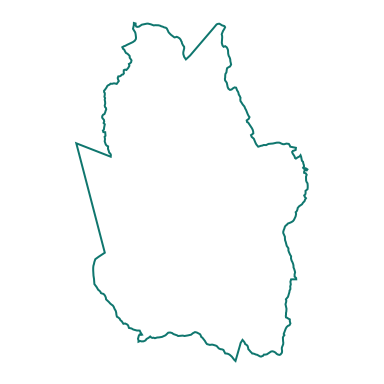 the district of Gentio do Ouro, Bahia, Brazil
{"feature_id": "56859067B57973057094010", "entity_name": "Gentio do Ouro", "entity_type": "district", "adm_level": 2, "iso_a3": "BRA", "parent_name": "Brazil", "parent_adm1": "Bahia", "projection": "natural_earth1", "projection_center": [-42.563, -11.389], "detail": "fine", "context": "isolated", "style": "outline", "palette": "teal", "viewbox_px": 384, "rotation_deg": 0, "n_neighbors": 0, "source": "geoboundaries", "source_scale": "gbopen_adm2", "svg_char_len": 5960}
<svg xmlns="http://www.w3.org/2000/svg" viewBox="0 0 384 384"><path d="M216.6,24.4L213.1,28.6L190.1,55.5L185.9,59.4L184.2,56.9L183.3,54.1L183.3,52.2L184.2,48.3L184.1,46.7L183.0,45.3L182.0,43.3L181.7,41.8L181.0,40.7L180.6,39.6L179.5,38.3L177.9,37.3L176.7,36.8L175.6,37.2L174.4,37.4L171.0,34.8L169.9,33.7L168.6,32.3L167.9,30.7L166.8,28.5L165.7,27.7L164.2,27.4L162.8,26.7L161.3,26.3L160.1,25.7L158.5,25.3L155.3,25.2L153.7,25.4L150.8,24.3L147.9,23.6L146.6,23.7L141.8,24.7L139.0,26.6L137.5,26.9L136.3,26.6L135.6,25.4L135.6,23.5L133.9,23.0L133.8,25.2L133.5,26.7L133.0,28.8L135.2,32.4L135.6,34.1L136.0,37.4L135.9,38.9L134.9,40.6L133.0,42.0L131.8,42.6L127.1,44.8L125.3,45.8L123.8,46.3L122.3,47.2L123.2,49.0L124.2,49.6L124.9,51.1L125.9,52.9L127.4,53.7L128.7,54.9L129.7,56.1L129.7,57.7L131.5,60.3L131.1,62.3L130.0,63.4L128.9,64.0L129.4,65.8L128.3,67.8L127.2,69.1L126.4,70.0L125.1,69.6L123.8,70.2L123.7,72.0L123.9,73.3L123.1,74.4L121.6,74.8L120.8,75.8L119.8,76.3L118.3,76.4L117.7,78.0L118.1,79.6L118.8,81.0L116.7,83.9L114.7,83.4L113.6,83.4L112.1,83.8L110.5,83.7L109.5,84.7L108.4,85.1L107.2,86.1L106.6,87.4L105.0,89.7L104.1,90.7L104.1,92.0L104.8,93.1L104.8,94.8L104.4,96.8L105.1,98.1L104.7,99.8L105.1,101.6L105.2,103.6L104.7,105.7L105.1,107.1L106.0,108.1L106.2,109.4L105.6,110.8L105.2,112.3L104.4,114.1L103.1,114.7L102.2,116.2L102.2,117.7L103.0,118.8L103.9,119.8L104.2,121.5L103.6,123.0L104.8,124.3L104.1,127.7L103.9,129.6L102.9,130.6L103.4,132.1L105.2,132.2L105.5,135.8L104.6,136.8L105.0,139.0L104.7,141.4L105.8,144.6L106.8,145.7L108.1,146.4L108.0,148.9L108.7,150.8L109.2,152.6L110.3,153.6L110.9,155.0L110.7,156.7L76.3,143.3L104.8,252.7L98.6,256.8L95.3,259.2L94.3,262.2L94.0,263.8L93.4,265.8L93.2,267.8L93.2,270.4L93.5,275.7L94.0,278.9L94.4,284.1L96.7,287.2L98.2,289.8L99.4,290.7L100.4,291.8L101.0,293.1L102.0,293.5L103.4,293.9L104.3,294.7L105.1,295.9L105.8,297.5L106.1,299.4L108.9,302.0L110.2,303.5L111.5,304.6L112.7,305.4L113.6,306.6L114.6,309.0L115.7,310.8L116.2,312.7L116.4,314.6L116.9,316.7L118.0,317.3L119.6,318.6L120.5,320.3L121.7,321.2L123.4,323.8L125.1,323.5L126.7,324.2L127.7,324.9L128.4,326.1L128.9,327.9L131.6,328.5L133.2,329.5L136.8,330.5L138.0,330.5L139.7,330.6L140.6,332.5L142.0,334.7L140.9,334.9L139.6,334.5L138.8,335.8L138.0,338.8L138.5,340.3L138.5,341.7L140.1,341.0L141.7,341.4L143.6,341.3L145.5,340.4L146.5,339.0L148.9,337.6L150.2,336.5L151.3,337.5L152.4,337.9L153.6,337.7L154.9,338.2L157.2,337.5L159.0,337.4L162.0,336.9L165.5,335.3L168.2,332.7L170.1,332.5L172.0,333.0L173.5,334.1L177.0,335.3L178.1,336.0L182.8,335.6L184.5,336.0L188.0,335.4L191.1,334.7L192.9,333.2L195.0,332.1L196.8,332.5L198.9,333.6L200.1,334.3L200.7,335.4L201.3,337.0L202.3,337.6L204.9,340.9L205.9,342.7L207.0,344.1L208.4,344.5L209.9,344.9L211.1,344.7L212.7,344.7L215.8,345.6L216.9,346.2L217.8,347.3L218.8,348.4L220.5,349.2L221.9,349.3L223.4,349.9L225.2,353.4L227.6,353.7L229.5,354.6L231.8,356.6L232.7,357.8L234.4,360.0L235.5,361.0L240.1,345.0L240.6,343.0L242.5,339.9L243.7,341.3L244.6,342.5L245.2,344.1L246.5,344.8L247.6,346.0L248.0,347.3L248.4,349.3L249.5,350.4L250.5,351.7L251.4,352.5L252.2,353.5L253.6,353.6L256.1,354.6L257.2,354.8L259.8,356.3L261.0,356.6L263.0,355.8L263.9,354.6L265.3,354.6L266.9,354.3L271.1,351.5L272.4,351.3L273.7,351.6L275.5,352.6L276.6,353.8L277.8,354.5L279.4,354.9L280.5,354.5L281.9,352.7L282.1,351.0L281.8,349.0L281.9,347.5L283.2,344.2L283.3,342.6L283.1,341.3L282.9,337.7L283.3,336.5L284.4,335.1L283.7,334.0L285.1,330.3L285.8,328.5L286.6,327.1L287.9,325.9L289.5,325.2L290.4,323.5L289.8,321.2L289.8,319.4L288.1,318.5L287.1,317.8L286.0,317.4L285.8,315.9L286.0,314.7L286.0,312.9L286.3,311.6L286.5,308.8L285.5,304.2L286.1,302.2L286.3,300.7L285.9,299.3L288.0,296.8L289.4,292.1L289.6,290.5L290.3,289.4L290.4,288.1L290.2,286.5L290.8,284.3L290.4,281.8L291.1,279.4L292.8,279.3L296.2,279.3L296.1,278.0L294.6,276.6L294.6,274.3L295.1,272.3L294.7,270.7L294.2,269.1L293.5,267.4L293.5,265.8L293.2,264.2L292.5,262.3L291.6,260.6L291.0,258.4L291.1,256.3L290.2,254.9L288.9,252.0L288.4,250.5L288.4,248.3L286.7,245.8L285.7,241.9L285.1,240.3L284.9,238.2L284.9,236.8L283.3,233.2L283.2,232.0L283.7,230.1L284.4,228.5L284.7,227.2L285.5,225.8L286.9,224.7L287.8,223.6L290.6,222.5L292.1,221.7L293.1,221.0L294.0,219.8L295.6,216.4L296.1,214.0L295.7,212.2L296.6,211.4L297.4,209.7L297.7,208.0L299.1,206.3L302.0,204.3L303.0,202.7L304.5,201.2L305.1,199.5L306.0,198.2L304.8,196.9L304.2,195.4L305.2,194.6L305.6,193.1L305.5,190.9L307.5,189.2L307.7,187.6L307.7,185.4L307.5,183.3L306.6,182.0L306.1,180.6L306.0,176.7L306.7,174.8L305.7,173.3L304.1,172.8L304.2,171.3L305.2,170.0L306.7,170.4L307.4,169.4L306.3,168.6L305.2,168.2L303.9,168.7L303.1,167.8L304.0,166.5L303.9,165.1L303.4,163.8L303.0,161.8L301.9,160.7L301.1,156.7L300.5,155.2L299.6,156.4L297.3,157.6L295.9,158.6L295.0,158.0L294.6,156.5L293.8,155.2L292.7,153.6L292.1,152.0L292.9,150.9L294.1,150.6L295.7,149.9L295.9,147.8L290.3,146.7L289.7,145.3L288.8,143.9L286.4,143.6L284.3,144.2L283.0,144.2L281.4,143.6L279.6,142.7L278.1,142.6L276.5,142.7L273.0,143.5L268.5,143.9L266.1,145.1L263.7,145.0L262.2,145.6L260.9,145.8L259.5,146.3L258.2,146.7L256.3,144.4L255.4,142.6L253.8,138.7L251.7,136.9L251.0,135.1L251.9,134.5L253.3,133.4L253.2,131.7L252.7,129.8L251.9,128.2L248.2,122.6L247.1,122.1L246.7,120.4L248.7,118.9L249.5,117.1L248.4,115.6L247.6,113.9L246.1,110.1L245.2,108.5L244.4,106.5L242.7,104.5L241.6,102.7L240.5,101.1L240.3,99.5L240.5,97.7L239.5,95.6L238.8,94.6L238.5,93.1L238.0,91.7L237.1,90.4L236.1,87.7L234.6,87.4L233.0,88.3L231.6,89.5L230.0,89.9L228.4,88.7L227.6,86.9L227.2,84.7L226.7,82.6L225.1,80.4L224.9,78.9L225.2,77.3L225.2,75.8L225.4,74.0L226.4,72.4L226.8,69.5L227.1,68.2L228.4,67.3L230.0,66.5L231.1,64.6L230.8,63.1L230.4,61.4L230.2,59.2L229.6,57.4L228.7,55.8L228.2,53.7L228.0,50.2L227.4,48.5L226.7,47.3L225.2,46.2L223.6,46.8L222.5,45.5L221.8,42.9L222.2,37.4L222.1,35.7L221.7,34.3L223.0,31.0L224.3,28.9L225.1,27.2L224.4,26.1L221.9,25.3L220.4,24.3L219.2,23.7L217.9,23.9L216.6,24.4Z" fill="none" stroke="#0f766e" stroke-width="2"/></svg>